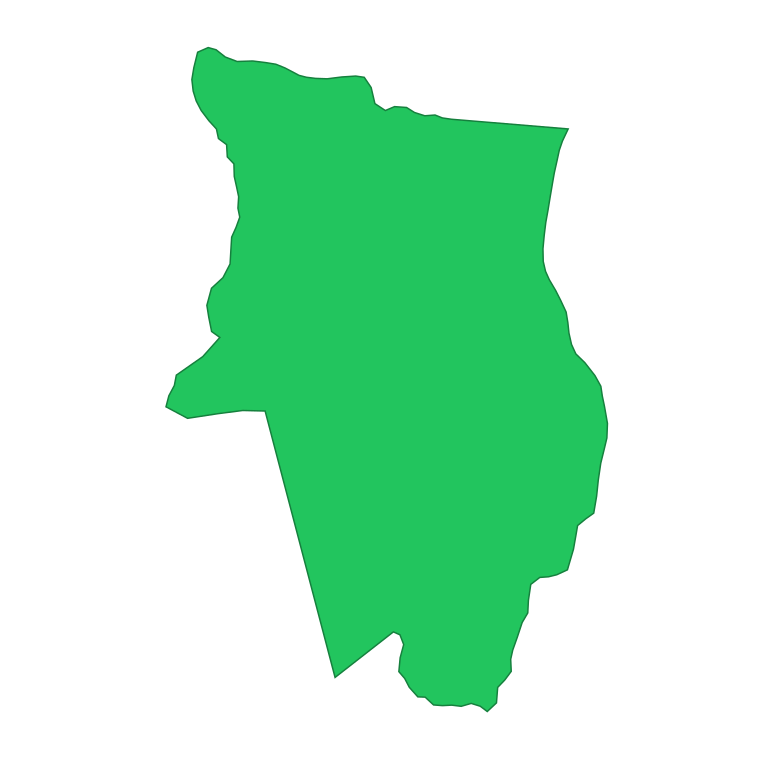 São Francisco do Conde, Bahia, Brazil (Equal Earth projection), rotated 187°
{"feature_id": "56859067B62288498634856", "entity_name": "São Francisco do Conde", "entity_type": "district", "adm_level": 2, "iso_a3": "BRA", "parent_name": "Brazil", "parent_adm1": "Bahia", "projection": "equal_earth", "projection_center": [-38.631, -12.644], "detail": "fine", "context": "isolated", "style": "filled", "palette": "green", "viewbox_px": 768, "rotation_deg": 187, "n_neighbors": 0, "source": "geoboundaries", "source_scale": "gbopen_adm2", "svg_char_len": 1741}
<svg xmlns="http://www.w3.org/2000/svg" viewBox="0 0 768 768"><g transform="rotate(187 384 384)"><path d="M545.6,334.2L521.0,340.5L498.7,342.7L482.2,301.2L396.8,86.8L344.5,139.1L337.6,137.0L332.7,127.8L334.6,114.3L334.2,100.3L327.6,94.3L321.9,86.0L312.3,77.6L305.0,78.2L295.7,71.5L286.8,71.9L277.7,73.5L268.1,73.5L258.5,77.6L249.2,75.9L241.6,71.5L233.5,81.2L234.2,96.7L228.0,105.0L222.7,114.3L224.7,126.2L223.8,135.6L220.8,149.1L217.8,164.1L213.4,174.3L214.3,186.8L213.9,203.0L205.8,211.0L197.2,212.7L189.3,215.7L179.3,221.9L175.8,243.1L175.1,256.6L174.6,267.1L167.3,274.8L160.1,281.4L159.3,298.5L159.6,314.7L159.2,331.8L157.3,347.7L156.2,357.6L157.4,372.1L162.4,388.5L165.8,398.5L168.5,408.2L175.7,418.1L187.2,429.6L197.3,437.3L202.7,446.1L206.6,457.0L209.0,467.3L212.0,477.6L218.8,488.5L225.0,497.7L232.6,507.6L237.4,515.5L240.9,525.1L242.7,537.6L243.1,551.0L243.1,564.1L242.4,576.6L241.9,589.3L241.2,604.4L240.7,614.2L239.5,626.5L238.5,637.4L236.5,646.9L232.3,659.6L349.2,655.0L358.5,655.2L366.1,657.2L376.2,655.2L386.8,657.2L395.3,661.2L407.3,660.6L416.0,655.6L427.2,661.2L432.9,676.7L441.0,686.0L449.6,686.2L463.3,683.6L477.6,680.0L489.1,679.0L498.4,679.0L506.0,680.0L520.7,685.6L530.3,688.2L540.6,688.6L553.7,688.6L569.1,686.2L581.4,689.2L591.4,695.3L599.5,696.5L609.4,690.6L611.3,674.7L611.8,662.8L609.1,651.5L604.9,642.1L598.8,633.2L589.8,623.9L581.4,616.7L578.2,607.4L569.4,602.4L567.2,590.3L559.8,584.2L557.9,571.7L554.1,561.0L551.1,552.2L550.4,540.7L547.5,532.0L549.9,521.5L553.1,511.2L552.2,496.7L551.4,484.4L556.8,469.9L566.9,458.0L569.4,440.5L566.1,429.0L561.5,415.1L552.6,410.2L567.2,389.1L591.2,367.5L591.9,357.0L596.1,346.1L597.6,334.8L574.8,326.0L545.6,334.2Z" fill="#22c55e" stroke="#15803d" stroke-width="1.5"/></g></svg>